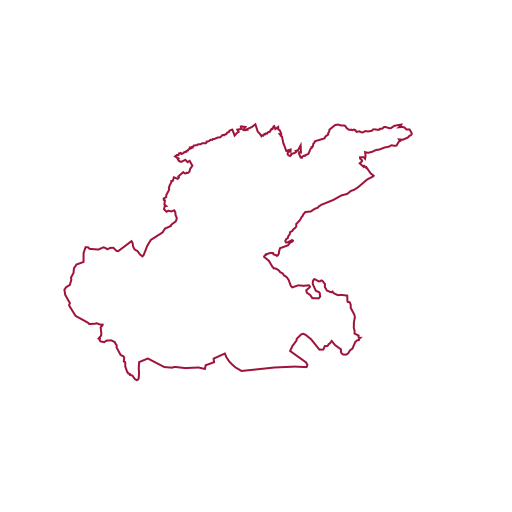 the district of Tolimán, Jalisco, Mexico, rotated 337°
{"feature_id": "50627088B84573477365023", "entity_name": "Tolimán", "entity_type": "district", "adm_level": 2, "iso_a3": "MEX", "parent_name": "Mexico", "parent_adm1": "Jalisco", "projection": "natural_earth1", "projection_center": [-103.885, 19.545], "detail": "fine", "context": "isolated", "style": "outline", "palette": "rose", "viewbox_px": 512, "rotation_deg": 337, "n_neighbors": 0, "source": "geoboundaries", "source_scale": "gbopen_adm2", "svg_char_len": 6101}
<svg xmlns="http://www.w3.org/2000/svg" viewBox="0 0 512 512"><g transform="rotate(337 256 256)"><path d="M319.9,372.1L319.1,371.8L318.7,370.5L319.4,369.3L316.4,365.9L317.5,363.5L318.0,360.2L320.3,355.1L323.0,351.2L323.6,348.6L322.9,340.8L324.1,338.0L324.2,335.8L324.1,335.1L322.5,334.2L322.5,333.3L324.5,328.1L319.6,325.3L316.0,324.0L312.9,320.5L312.5,318.6L310.9,318.7L307.7,315.4L307.3,311.3L308.5,308.8L307.5,305.0L306.6,304.0L305.1,304.3L303.9,303.9L300.9,300.2L300.3,300.1L298.9,301.0L297.6,303.1L297.3,304.5L297.5,311.4L300.0,314.1L300.2,315.0L299.1,318.5L297.2,319.5L291.4,316.8L290.6,313.0L288.6,310.0L288.6,308.1L288.9,307.2L293.2,305.8L293.7,305.2L293.3,303.7L288.1,302.0L283.4,299.5L277.2,299.1L276.4,297.2L276.7,290.7L276.1,287.9L275.1,285.8L274.2,285.1L273.7,282.4L271.9,280.3L271.6,278.7L270.4,276.6L268.9,274.9L267.6,274.5L266.9,272.4L266.0,265.5L263.1,260.0L263.3,259.6L264.3,258.9L265.5,258.9L266.1,258.2L267.0,258.7L268.2,258.5L271.1,259.0L272.9,260.0L272.7,261.3L275.2,263.4L275.3,264.1L276.3,263.9L278.0,262.7L278.9,260.9L281.2,258.2L289.6,258.7L292.6,257.0L295.4,256.9L296.0,256.3L295.4,255.4L290.4,255.8L289.0,255.4L288.8,253.6L290.3,252.3L292.3,251.9L293.4,250.4L295.3,249.4L296.8,247.3L299.1,247.2L300.6,246.1L303.5,245.3L304.7,244.4L305.5,242.3L310.4,240.2L313.5,237.8L314.9,237.2L315.5,236.3L318.6,234.8L323.7,236.4L328.6,235.5L331.6,235.7L333.3,234.9L336.2,234.4L349.1,234.6L358.2,233.6L364.3,234.5L368.6,233.2L372.2,233.4L376.8,232.6L388.2,229.0L395.1,228.5L395.7,228.1L393.8,224.7L392.3,217.5L391.8,217.8L390.8,215.3L389.9,216.0L387.7,211.2L390.5,210.3L391.0,209.5L389.9,207.0L390.3,205.8L393.7,207.1L394.4,209.1L396.0,206.6L397.0,203.0L399.4,204.8L403.9,205.5L407.7,205.3L411.1,206.2L417.1,206.4L421.0,207.3L423.9,207.0L427.0,208.9L428.6,209.2L432.2,206.5L433.8,206.4L433.3,204.6L436.8,206.4L442.6,206.2L443.4,205.6L446.3,205.1L447.0,204.6L447.3,203.8L446.8,199.5L443.9,198.3L442.9,195.8L441.4,194.5L438.0,193.4L440.1,192.7L441.1,191.8L434.2,190.2L430.3,191.0L429.0,190.7L425.4,187.7L424.2,187.3L422.0,188.1L419.6,187.3L419.3,187.8L418.1,187.8L414.2,185.5L413.0,185.3L411.5,186.0L408.0,185.2L405.3,183.7L403.0,184.0L401.5,183.5L399.8,181.6L397.2,181.1L396.6,179.8L396.8,179.3L395.6,177.9L393.8,177.8L392.9,176.8L391.8,176.7L390.7,175.9L389.4,173.6L388.9,171.0L388.1,170.3L385.3,169.1L382.8,167.0L379.8,166.4L373.0,168.4L371.9,170.2L370.3,171.2L370.0,172.4L366.6,173.1L365.0,174.5L355.1,173.4L353.9,174.6L352.8,174.9L351.1,177.3L349.9,177.4L349.9,178.1L348.3,178.5L344.1,182.5L340.5,182.5L340.0,183.0L339.3,182.5L337.4,182.6L336.6,183.5L335.6,182.8L335.6,178.4L336.3,177.3L337.8,178.3L340.3,171.6L336.1,175.0L333.6,174.8L333.9,175.8L333.1,176.1L331.5,176.3L328.4,175.8L327.6,176.9L326.5,177.3L325.1,175.8L324.9,174.4L326.2,172.6L328.5,173.5L329.5,171.5L324.9,171.1L325.3,163.8L325.1,163.6L326.5,156.4L326.3,155.3L325.7,155.0L325.9,154.2L325.4,153.0L327.0,153.3L327.0,149.6L326.0,148.1L326.8,145.9L323.4,146.7L323.5,143.5L322.8,143.6L320.9,145.5L320.3,145.1L319.6,145.7L319.1,145.4L317.3,147.1L315.7,146.7L313.8,147.7L312.9,147.0L312.0,147.6L311.4,147.0L309.6,148.1L308.8,147.2L307.8,147.8L307.4,145.3L306.2,142.2L306.9,134.5L302.4,135.7L297.5,135.7L297.4,136.5L294.2,135.6L293.7,135.0L296.7,133.1L292.9,130.8L292.5,131.0L292.5,133.4L288.2,132.4L288.6,134.9L286.2,135.4L283.4,136.8L283.6,130.4L283.0,130.3L280.5,130.3L279.5,131.3L277.7,131.2L276.2,132.3L275.4,132.0L273.8,132.4L273.4,131.8L272.3,131.6L269.5,132.8L267.2,132.0L262.9,132.0L262.2,131.5L261.0,132.0L259.6,131.3L257.4,131.9L255.1,131.4L254.7,132.3L253.7,132.6L250.6,131.2L248.7,131.5L246.5,130.6L244.9,130.9L241.8,130.0L240.2,131.3L239.7,130.8L239.0,131.4L238.7,130.7L237.9,131.1L237.9,130.5L237.5,130.3L237.3,131.2L235.2,131.7L234.6,132.3L233.1,132.1L232.6,132.9L230.6,132.3L229.8,132.9L227.5,133.0L227.1,132.9L227.0,131.7L225.3,131.5L224.0,132.9L222.8,132.1L220.4,132.7L222.3,135.2L221.9,135.1L221.8,136.6L222.2,138.2L222.6,138.3L222.6,139.1L224.0,140.1L228.6,139.9L229.7,142.9L232.1,142.5L232.7,148.1L229.5,150.0L227.9,152.1L226.3,152.9L225.2,152.8L224.7,152.3L223.4,152.5L222.6,152.0L221.8,150.4L215.6,152.4L215.8,153.5L214.1,154.4L211.2,151.5L208.8,154.3L207.3,153.9L206.8,155.1L203.5,157.8L203.2,158.7L202.5,159.0L202.0,161.0L197.3,164.8L196.3,166.7L193.5,167.0L193.0,168.3L193.9,169.2L191.8,172.7L192.8,174.8L191.6,174.4L189.6,177.0L190.9,180.3L192.9,180.0L195.6,181.9L198.6,182.0L198.8,184.3L198.0,186.7L197.9,190.2L196.3,192.3L194.9,193.0L191.6,193.7L189.2,194.7L189.2,195.1L182.9,195.2L179.2,197.8L165.5,200.1L159.9,204.1L153.1,211.1L151.3,212.0L149.8,209.2L148.7,204.8L147.3,203.4L146.7,201.8L146.6,199.0L147.5,195.7L147.2,193.7L131.0,197.7L129.6,196.8L127.9,192.7L125.0,191.6L121.7,191.7L120.4,189.6L118.9,188.4L113.5,188.5L105.6,184.4L104.8,182.4L102.6,181.3L98.5,185.8L94.9,194.1L87.5,193.7L83.7,196.1L81.3,200.4L77.3,203.5L76.7,205.8L73.3,209.9L69.1,210.5L66.5,212.1L65.2,217.3L66.3,226.6L64.8,228.1L64.7,229.1L66.5,240.6L75.4,252.0L75.9,253.5L81.9,255.6L83.0,255.6L86.1,258.5L88.0,259.2L87.8,259.7L85.1,261.0L83.4,266.7L82.4,268.7L79.0,270.4L80.0,271.1L79.2,272.0L79.3,273.1L79.6,273.9L82.6,276.0L85.4,275.5L89.8,277.1L92.4,280.1L92.3,281.4L92.9,283.7L91.9,285.7L92.7,294.1L94.8,296.6L95.0,298.0L93.1,301.4L94.0,302.4L94.0,303.1L92.5,306.5L92.1,312.6L92.5,313.0L92.5,314.2L93.9,315.5L93.5,316.2L95.5,317.8L96.4,322.0L97.8,323.7L99.2,323.6L100.2,322.8L102.5,318.3L104.3,313.3L107.0,308.0L116.4,308.1L128.2,322.4L135.3,326.1L137.1,326.1L138.7,326.8L147.0,331.5L159.6,336.2L164.8,340.0L167.0,336.9L175.9,337.4L176.9,333.9L189.2,333.6L189.2,337.7L190.2,342.8L191.8,346.9L193.6,350.6L197.8,356.2L229.6,365.9L248.8,373.1L259.0,378.0L259.9,377.5L260.8,376.1L260.5,373.5L250.3,356.8L254.2,353.2L260.3,349.6L261.1,348.2L266.9,345.8L269.2,346.1L270.9,348.0L274.2,354.2L277.8,367.0L281.4,368.4L284.2,365.8L286.3,366.7L287.3,366.5L288.4,365.5L289.9,365.3L292.5,363.8L293.9,368.8L297.7,375.1L296.7,377.6L296.8,379.2L297.7,380.7L299.4,381.6L300.9,382.0L302.8,381.6L305.6,379.6L308.6,378.9L313.8,373.9L316.4,373.1L317.8,373.6L318.3,372.7L319.9,372.1Z" fill="none" stroke="#9f1239" stroke-width="2"/></g></svg>